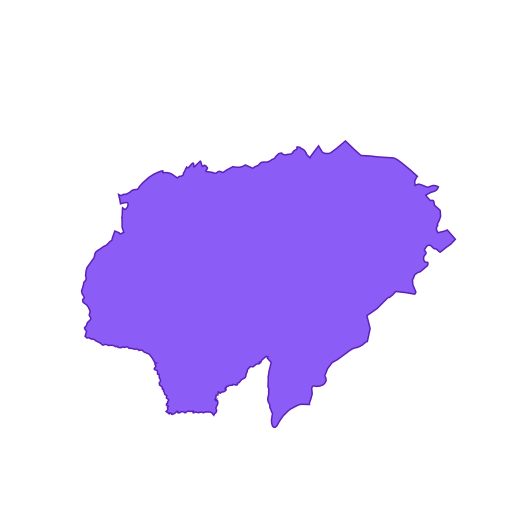 Tay Ninh, Tây Ninh, Vietnam, rotated 224°
{"feature_id": "81297802B48058598464830", "entity_name": "Tay Ninh", "entity_type": "district", "adm_level": 2, "iso_a3": "VNM", "parent_name": "Vietnam", "parent_adm1": "Tây Ninh", "projection": "mercator", "projection_center": [106.126, 11.366], "detail": "fine", "context": "isolated", "style": "filled", "palette": "violet", "viewbox_px": 512, "rotation_deg": 224, "n_neighbors": 0, "source": "geoboundaries", "source_scale": "gbopen_adm2", "svg_char_len": 6091}
<svg xmlns="http://www.w3.org/2000/svg" viewBox="0 0 512 512"><g transform="rotate(224 256 256)"><path d="M172.9,432.5L175.3,431.5L176.7,430.6L177.8,429.5L180.1,425.0L180.9,424.3L185.3,422.6L188.6,421.0L189.5,419.9L190.6,417.3L193.6,419.8L194.9,423.1L195.2,425.4L204.7,425.1L215.9,424.2L221.6,423.4L224.6,422.4L225.4,421.9L237.7,411.5L242.9,407.6L250.4,401.2L259.2,400.9L271.6,400.9L272.7,389.6L273.8,382.9L274.2,381.4L274.9,380.3L277.4,377.9L279.3,377.0L280.6,376.8L287.5,378.7L286.7,371.7L285.8,365.1L285.4,364.1L289.9,364.2L291.7,365.0L294.4,365.6L297.0,365.3L297.8,364.7L299.7,364.8L302.2,363.1L302.1,362.6L301.1,361.7L300.8,361.0L301.4,359.5L301.8,357.3L301.7,356.6L301.3,356.0L301.6,353.7L304.2,350.6L305.1,349.0L307.9,347.6L309.1,347.9L310.7,345.6L310.9,341.6L310.5,339.4L310.8,337.8L311.5,336.7L311.9,334.3L313.2,331.3L316.3,328.3L317.1,327.1L317.4,326.2L317.4,322.7L318.8,319.5L319.2,316.9L326.9,314.1L328.0,310.6L330.0,307.8L333.7,304.7L334.6,304.4L336.8,297.7L337.7,293.2L338.1,292.8L339.8,292.4L341.3,291.3L341.8,290.4L342.3,287.9L343.0,287.0L345.8,285.6L350.7,282.1L351.4,282.8L351.7,285.2L352.2,285.7L354.4,286.0L355.9,285.6L356.3,285.2L356.3,283.9L356.6,283.4L356.9,283.3L357.7,283.5L361.3,285.5L362.0,285.5L362.3,277.1L362.6,277.0L363.1,277.4L365.2,279.2L365.9,279.1L366.2,277.8L366.0,272.6L366.6,271.9L367.6,271.9L367.0,269.3L366.1,267.4L365.8,265.4L364.6,263.5L365.3,261.3L366.4,260.1L366.9,257.5L373.8,256.4L375.9,255.5L377.8,254.3L380.8,251.4L381.0,251.3L381.7,252.3L382.2,252.5L383.3,251.1L384.9,247.6L386.4,243.6L387.7,238.0L388.3,229.8L388.1,225.1L387.5,221.7L389.8,219.0L390.8,217.0L391.1,213.7L392.4,210.2L394.2,208.2L394.5,207.0L395.2,205.7L395.6,205.4L397.6,204.8L392.8,201.7L389.7,199.4L388.0,202.4L386.0,204.8L385.0,205.0L384.1,204.5L382.6,202.4L382.2,199.2L382.5,198.7L383.3,198.3L385.5,198.0L385.2,197.6L379.6,191.3L379.4,190.6L377.7,189.2L372.1,183.5L367.5,181.2L369.0,177.4L370.7,177.6L374.9,175.9L371.7,168.9L370.6,167.2L371.1,165.0L371.1,160.0L372.3,156.8L372.8,153.7L373.8,149.6L374.0,147.4L373.4,145.7L371.3,142.3L369.5,130.2L367.9,127.3L365.0,123.5L363.2,122.4L362.1,121.3L361.7,120.4L361.5,117.2L359.9,115.3L359.7,114.4L358.5,112.6L357.6,110.3L356.9,109.4L354.6,108.0L351.0,107.2L350.5,106.6L350.5,105.0L350.2,104.0L348.9,102.9L347.8,102.6L343.8,103.2L340.9,102.7L336.9,101.0L334.9,97.5L332.1,96.8L331.3,96.2L330.9,95.0L331.0,91.1L330.8,90.3L329.6,88.1L329.5,85.2L328.3,84.5L325.5,84.1L323.2,79.5L320.6,79.6L319.2,81.3L316.8,81.8L314.9,83.5L312.3,83.7L308.0,85.1L304.2,85.5L303.1,87.6L302.5,88.2L299.6,89.4L298.6,90.8L297.0,92.2L295.5,92.9L293.8,93.3L293.1,94.7L291.7,94.5L291.2,94.7L289.0,96.7L288.7,98.2L287.0,98.9L285.9,101.1L285.2,101.4L283.1,101.4L281.5,103.0L278.6,104.6L277.4,106.1L276.1,106.7L274.6,106.8L272.8,109.1L269.8,109.2L264.7,111.2L259.2,110.4L255.2,109.1L254.6,109.1L253.4,109.7L253.9,108.4L253.5,107.9L251.4,107.2L251.0,104.5L250.7,104.0L249.9,103.9L247.3,105.0L244.7,102.6L244.3,102.7L243.7,103.5L243.3,103.4L240.9,101.1L239.6,101.0L237.7,99.5L237.5,99.1L237.6,97.7L235.8,96.2L232.8,96.6L230.8,95.2L229.8,95.8L228.9,94.7L227.1,94.2L225.8,93.2L225.0,93.1L223.2,93.6L221.9,91.6L219.7,91.9L218.6,91.8L218.4,89.9L217.3,88.7L217.7,88.0L217.6,87.4L216.5,86.3L215.1,87.2L214.7,87.1L214.3,85.3L213.2,84.8L212.7,84.1L212.6,81.6L210.9,82.0L208.8,82.1L208.6,82.5L209.2,83.0L209.1,83.3L208.0,84.0L206.8,83.6L206.2,83.8L205.2,86.1L204.9,89.6L204.3,89.9L203.7,89.1L203.2,89.0L202.0,90.1L201.8,91.7L201.4,92.3L199.8,93.6L198.0,93.9L197.4,96.7L196.6,97.7L195.4,98.4L193.6,100.7L193.2,100.8L192.5,99.6L192.0,99.7L191.1,101.8L188.5,103.3L186.9,105.9L185.0,106.6L184.0,108.7L180.9,111.7L178.6,112.6L177.1,112.2L175.7,112.2L176.2,113.1L176.1,115.6L176.7,117.2L177.4,117.9L178.6,118.3L179.4,119.0L180.7,122.9L182.3,124.7L183.1,125.1L183.6,124.4L184.0,124.2L184.7,125.5L185.3,124.2L185.9,124.4L186.6,126.5L188.0,128.1L186.9,129.6L188.8,132.0L188.4,132.4L187.0,132.2L186.4,132.6L186.0,134.5L185.1,135.6L184.5,136.8L184.5,139.0L185.0,139.2L185.9,138.9L186.3,139.3L186.4,139.6L185.8,140.8L186.7,141.7L185.6,143.0L185.4,144.2L183.2,146.7L183.4,147.7L180.9,149.1L180.0,150.2L180.1,150.8L180.9,151.2L181.0,151.5L180.2,153.1L180.5,157.3L179.4,160.4L179.4,161.6L181.4,164.9L181.8,166.4L183.1,168.0L183.2,169.4L183.6,170.0L183.1,170.9L183.5,172.2L181.0,174.5L180.7,178.4L178.9,180.6L179.0,181.1L180.0,182.0L179.8,182.3L178.6,182.5L179.3,184.1L179.5,185.7L179.0,190.7L177.9,191.5L177.3,191.7L177.4,191.0L176.9,190.4L171.3,190.0L170.8,189.5L166.9,182.7L162.9,177.0L161.7,176.0L156.9,170.6L156.1,170.0L154.4,169.3L153.2,167.7L151.1,165.7L148.4,161.4L146.2,159.7L142.8,158.5L140.5,156.5L138.4,155.8L136.8,154.8L134.9,154.3L130.8,148.6L128.6,146.6L126.3,145.3L125.5,145.1L124.3,145.2L123.2,146.1L123.0,148.3L124.6,154.6L125.4,159.9L125.3,166.5L124.9,169.8L122.2,177.9L121.4,179.4L120.3,180.9L114.4,186.3L115.2,187.0L115.8,188.1L117.3,191.4L119.8,195.9L124.0,199.5L124.6,200.7L124.6,201.8L124.1,202.9L122.1,204.0L119.8,206.7L118.2,210.1L118.1,211.9L118.6,214.2L119.2,215.3L121.0,216.8L123.2,217.5L123.6,218.2L126.3,224.8L127.2,232.3L125.4,238.2L122.8,253.8L122.1,256.3L120.8,259.0L119.8,260.2L118.4,263.5L117.6,266.4L117.2,270.8L116.5,271.8L123.5,283.1L134.8,290.1L132.4,302.3L132.2,317.0L132.0,318.1L131.2,318.9L130.7,323.0L130.8,327.6L122.0,334.3L115.4,338.7L115.3,339.5L115.9,341.1L123.0,344.2L126.9,347.5L127.2,349.2L128.7,352.3L128.7,353.1L128.3,356.1L126.9,358.9L126.0,367.7L126.2,368.8L126.8,369.8L127.9,370.7L128.3,370.6L129.6,369.3L131.4,369.3L132.9,369.8L134.8,372.0L135.1,373.3L135.2,375.2L135.8,376.4L136.8,376.8L138.6,377.1L139.3,377.9L140.0,381.9L139.6,383.3L138.2,384.6L137.1,384.9L133.1,384.9L131.1,386.3L127.2,386.4L126.3,386.6L126.1,386.8L125.2,394.2L124.1,399.8L124.2,406.5L136.5,407.6L137.7,404.8L141.4,399.1L144.3,400.2L145.9,401.7L146.5,404.2L146.7,404.5L147.3,404.5L147.8,405.2L148.7,408.3L150.7,412.7L154.6,416.3L155.7,416.8L162.4,416.5L163.3,416.8L165.7,418.6L166.7,419.0L167.8,418.6L169.2,417.0L173.4,417.2L176.2,417.7L174.4,423.3L173.0,425.7L172.0,428.3L172.2,430.8L172.9,432.5Z" fill="#8b5cf6" stroke="#5b21b6" stroke-width="1.5"/></g></svg>